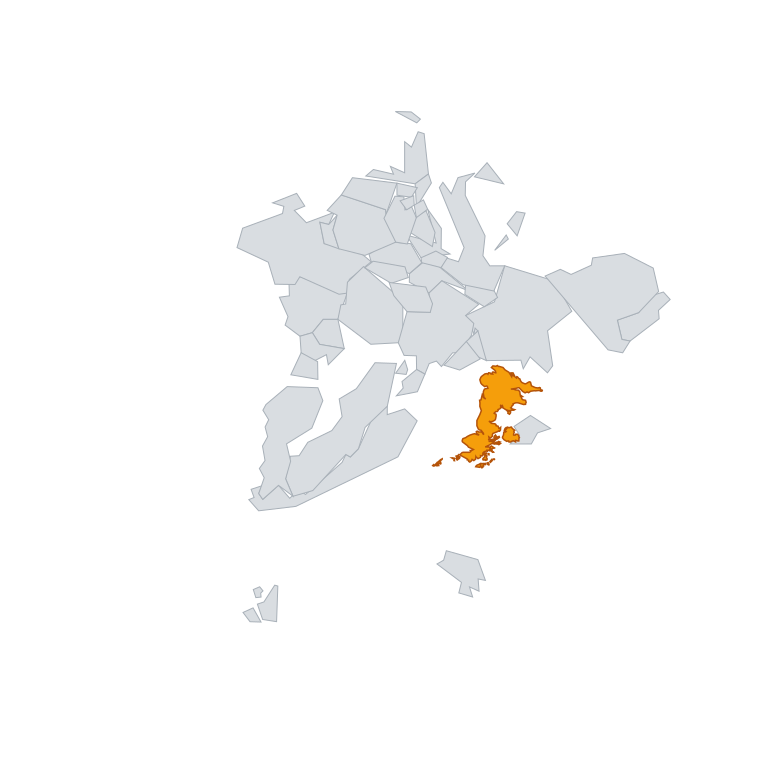 United Kingdom on a map of Europe (orthographic projection), rotated 222°
{"feature_id": "GBR", "entity_name": "United Kingdom", "entity_type": "country or territory", "adm_level": 0, "iso_a3": "GBR", "parent_name": "Europe", "parent_adm1": "", "projection": "orthographic", "projection_center": [-4.115, 55.427], "detail": "fine", "context": "in_parent", "style": "filled", "palette": "amber", "viewbox_px": 768, "rotation_deg": 222, "n_neighbors": 37, "source": "natural_earth", "source_scale": "50m", "svg_char_len": 13307}
<svg xmlns="http://www.w3.org/2000/svg" viewBox="0 0 768 768"><g transform="rotate(222 384 384)"><path d="M304.8,135.5L316.6,127.8L330.8,135.7L327.4,141.7L330.6,161.4L327.7,162.8L304.8,135.5ZM412.3,216.8L406.6,226.7L403.8,218.8L396.9,217.1L394.6,238.1L377.6,236.0L376.7,248.5L368.4,249.4L362.7,297.7L365.2,306.1L360.2,307.2L359.7,318.8L370.6,353.2L366.7,369.7L361.1,363.4L352.0,379.3L334.7,378.8L324.9,339.2L367.6,234.1L392.3,205.9L407.1,207.6L404.6,212.7L412.3,216.8ZM335.9,119.9L331.5,130.0L316.1,124.8L324.5,117.7L335.9,119.9ZM343.6,143.8L340.7,150.1L335.5,149.3L335.7,146.1L332.8,143.4L336.3,139.5L343.6,143.8Z" fill="#d9dde1" stroke="#a8b0b8" stroke-width="1"/><path d="M323.6,469.9L369.2,489.4L356.9,519.0L373.4,552.6L326.4,574.5L293.1,563.7L298.1,533.0L270.8,510.4L270.0,501.7L293.6,501.9L290.7,488.5L298.2,493.3L323.6,469.9ZM388.6,574.9L391.2,557.4L392.9,576.5L388.6,574.9Z" fill="#d9dde1" stroke="#a8b0b8" stroke-width="1"/><path d="M366.7,369.7L369.0,339.1L359.7,318.8L360.2,307.2L365.2,306.1L365.6,257.2L376.5,239.7L393.7,247.7L405.2,267.7L399.1,273.9L401.6,289.7L391.6,314.5L393.3,331.7L407.3,342.9L401.4,362.0L404.9,393.8L388.5,407.6L366.7,369.7Z" fill="#d9dde1" stroke="#a8b0b8" stroke-width="1"/><path d="M478.4,363.3L496.9,361.6L500.4,369.8L519.8,378.5L513.3,386.2L521.5,394.8L518.3,407.4L472.1,427.0L461.5,401.2L472.4,391.4L471.6,374.2L478.4,363.3Z" fill="#d9dde1" stroke="#a8b0b8" stroke-width="1"/><path d="M577.3,449.0L588.0,444.1L576.5,467.2L561.9,463.2L566.8,453.0L549.6,451.9L535.8,478.4L531.8,465.6L539.9,461.3L522.4,448.3L497.9,465.3L475.3,466.3L479.8,438.6L472.1,427.0L477.5,420.6L518.3,407.4L516.7,398.4L531.8,385.2L551.5,397.1L584.5,387.0L593.3,405.2L573.5,442.8L577.3,449.0Z" fill="#d9dde1" stroke="#a8b0b8" stroke-width="1"/><path d="M461.5,401.2L469.0,413.9L466.0,417.8L479.3,435.2L477.8,457.5L425.8,458.6L403.1,433.3L401.0,424.2L420.4,404.7L461.5,401.2Z" fill="#d9dde1" stroke="#a8b0b8" stroke-width="1"/><path d="M439.0,483.1L436.2,501.8L426.2,507.8L383.8,509.8L410.1,499.4L411.4,481.8L433.3,476.6L439.0,483.1Z" fill="#d9dde1" stroke="#a8b0b8" stroke-width="1"/><path d="M475.3,466.3L482.0,470.4L475.6,492.9L458.0,506.2L437.1,499.4L439.0,483.1L475.3,466.3Z" fill="#d9dde1" stroke="#a8b0b8" stroke-width="1"/><path d="M508.0,454.3L522.4,448.3L539.9,461.3L531.8,465.6L531.8,478.1L525.0,464.3L508.0,454.3Z" fill="#d9dde1" stroke="#a8b0b8" stroke-width="1"/><path d="M531.8,478.1L542.4,475.0L542.2,495.9L499.5,514.6L470.2,497.3L484.2,466.8L508.0,454.3L525.0,464.3L531.8,478.1Z" fill="#d9dde1" stroke="#a8b0b8" stroke-width="1"/><path d="M471.6,374.2L472.4,391.4L461.5,401.2L437.2,383.7L458.3,370.4L471.6,374.2Z" fill="#d9dde1" stroke="#a8b0b8" stroke-width="1"/><path d="M466.5,351.8L478.4,363.3L471.6,374.2L458.3,370.4L437.2,383.7L438.3,361.0L446.4,367.3L452.2,352.1L466.5,351.8Z" fill="#d9dde1" stroke="#a8b0b8" stroke-width="1"/><path d="M459.4,328.5L466.5,351.8L448.3,356.2L436.2,343.2L459.4,328.5Z" fill="#d9dde1" stroke="#a8b0b8" stroke-width="1"/><path d="M401.0,424.2L415.3,453.2L397.6,468.2L411.4,481.8L410.1,499.4L366.9,506.6L369.2,489.4L357.8,489.1L351.6,478.8L348.3,458.5L353.9,453.0L353.0,435.4L360.4,436.1L364.1,429.4L360.2,418.7L369.5,416.6L378.8,426.6L388.2,418.7L401.0,424.2Z" fill="#d9dde1" stroke="#a8b0b8" stroke-width="1"/><path d="M495.8,511.0L499.5,514.6L542.2,495.9L545.5,516.2L508.8,541.9L495.8,511.0Z" fill="#d9dde1" stroke="#a8b0b8" stroke-width="1"/><path d="M557.9,594.1L545.8,604.4L534.2,605.2L534.4,600.0L557.9,594.1ZM494.8,553.6L536.7,526.4L535.4,536.3L517.3,546.3L524.9,550.0L510.0,554.8L530.8,577.9L522.1,578.4L527.4,594.3L521.7,596.9L491.5,569.8L494.8,553.6Z" fill="#d9dde1" stroke="#a8b0b8" stroke-width="1"/><path d="M494.8,553.6L491.5,569.8L483.3,565.1L478.2,537.1L494.8,553.6Z" fill="#d9dde1" stroke="#a8b0b8" stroke-width="1"/><path d="M441.0,502.6L467.0,509.6L439.6,523.7L468.5,543.1L445.5,538.0L432.1,522.8L421.9,524.8L441.0,502.6Z" fill="#d9dde1" stroke="#a8b0b8" stroke-width="1"/><path d="M383.9,504.7L392.2,515.5L368.5,528.5L357.5,524.3L361.2,508.5L383.9,504.7Z" fill="#d9dde1" stroke="#a8b0b8" stroke-width="1"/><path d="M349.6,479.6L353.7,486.5L349.7,486.3L349.6,479.6Z" fill="#d9dde1" stroke="#a8b0b8" stroke-width="1"/><path d="M351.3,470.7L349.7,486.3L323.6,469.9L341.5,464.0L351.3,470.7Z" fill="#d9dde1" stroke="#a8b0b8" stroke-width="1"/><path d="M352.0,438.1L351.3,470.7L329.3,467.0L337.1,445.0L352.0,438.1Z" fill="#d9dde1" stroke="#a8b0b8" stroke-width="1"/><path d="M229.9,580.6L237.0,576.3L253.3,587.6L242.5,607.5L246.2,625.6L237.9,639.3L227.9,638.3L229.3,622.4L223.2,616.6L229.9,580.6Z" fill="#d9dde1" stroke="#a8b0b8" stroke-width="1"/><path d="M241.8,636.5L242.5,607.5L253.3,587.6L237.0,576.3L229.9,580.6L227.5,566.9L240.3,559.3L336.5,572.0L329.7,587.2L318.3,590.6L309.4,611.0L313.3,617.3L292.7,641.9L261.5,650.3L241.8,636.5Z" fill="#d9dde1" stroke="#a8b0b8" stroke-width="1"/><path d="M259.0,439.5L254.1,458.6L230.4,462.4L237.2,450.4L234.4,438.0L250.1,423.9L249.4,436.8L259.0,439.5Z" fill="#d9dde1" stroke="#a8b0b8" stroke-width="1"/><path d="M391.9,510.6L419.5,508.7L422.9,519.0L410.5,524.7L415.8,539.0L474.3,567.0L475.2,573.3L461.3,570.3L467.1,586.9L457.6,601.6L458.7,588.8L449.8,578.5L408.0,561.7L396.3,545.5L384.4,542.6L373.4,552.6L364.6,526.6L391.9,510.6ZM429.0,612.8L455.4,598.5L455.5,617.4L429.0,612.8ZM384.2,583.2L399.7,585.5L400.8,600.8L393.5,605.4L384.2,583.2Z" fill="#d9dde1" stroke="#a8b0b8" stroke-width="1"/><path d="M369.5,416.6L360.2,418.7L354.0,400.6L366.9,383.5L367.0,393.8L372.3,397.9L369.5,416.6ZM382.6,399.8L384.4,415.5L376.0,410.5L374.0,405.9L382.6,399.8Z" fill="#d9dde1" stroke="#a8b0b8" stroke-width="1"/><path d="M224.2,285.7L221.8,293.0L226.1,301.8L196.7,316.3L177.2,305.9L183.6,302.1L174.7,293.6L184.7,290.4L175.6,285.0L188.6,278.8L193.7,288.4L224.2,285.7Z" fill="#d9dde1" stroke="#a8b0b8" stroke-width="1"/><path d="M419.5,508.7L437.1,499.4L441.0,502.6L434.4,517.5L421.4,520.5L419.5,508.7Z" fill="#d9dde1" stroke="#a8b0b8" stroke-width="1"/><path d="M403.8,218.8L410.3,234.2L420.1,237.8L421.2,247.5L432.8,256.6L435.2,267.0L443.6,272.5L445.8,280.3L456.5,283.5L458.0,289.8L454.2,317.3L430.6,337.0L418.3,330.7L408.1,302.9L416.4,274.3L401.7,264.1L393.7,247.7L376.5,239.7L394.6,238.1L396.9,217.1L403.8,218.8Z" fill="#d9dde1" stroke="#a8b0b8" stroke-width="1"/><path d="M476.0,457.5L474.2,468.0L446.8,485.1L437.2,479.4L446.0,463.7L476.0,457.5Z" fill="#d9dde1" stroke="#a8b0b8" stroke-width="1"/><path d="M415.3,453.2L435.8,456.2L448.1,462.9L417.9,484.0L401.6,476.1L397.6,468.2L415.3,453.2Z" fill="#d9dde1" stroke="#a8b0b8" stroke-width="1"/><path d="M468.8,540.9L447.5,530.8L440.0,518.5L468.1,513.8L473.1,528.1L468.8,540.9Z" fill="#d9dde1" stroke="#a8b0b8" stroke-width="1"/><path d="M500.7,533.0L508.8,541.9L490.6,552.2L488.6,541.1L500.7,533.0Z" fill="#d9dde1" stroke="#a8b0b8" stroke-width="1"/><path d="M460.4,503.6L470.2,497.3L494.9,507.1L501.5,530.9L494.5,536.4L484.9,527.4L482.0,534.2L471.3,529.3L460.4,503.6Z" fill="#d9dde1" stroke="#a8b0b8" stroke-width="1"/><path d="M481.3,537.2L477.9,547.2L468.5,543.1L471.3,529.3L481.3,537.2Z" fill="#d9dde1" stroke="#a8b0b8" stroke-width="1"/><path d="M487.9,543.8L481.3,537.2L483.7,528.6L494.6,530.9L487.9,543.8Z" fill="#d9dde1" stroke="#a8b0b8" stroke-width="1"/><path d="M286.3,465.1L284.0,467.0L282.3,467.6L279.9,469.4L277.9,469.1L275.5,467.0L272.9,467.3L274.0,466.2L272.6,465.9L271.8,465.2L270.2,465.2L267.9,466.6L266.3,465.6L265.9,465.2L265.7,463.7L265.3,463.5L266.6,462.1L271.8,459.7L273.5,458.2L274.8,455.6L274.3,455.4L274.0,454.8L274.3,453.7L273.8,452.3L273.9,451.1L272.0,451.3L269.7,452.4L270.0,451.4L271.7,449.9L272.7,448.4L273.8,447.5L276.3,446.4L279.4,445.9L281.1,446.9L280.6,445.3L281.3,444.9L282.4,446.4L283.6,446.3L282.4,445.8L281.3,443.9L281.3,443.0L282.2,441.3L281.5,440.8L281.4,439.9L281.5,439.2L282.4,438.5L282.7,436.4L282.5,435.9L280.5,436.5L279.3,435.3L277.6,432.5L277.4,431.3L278.3,428.8L279.6,427.2L281.2,426.6L277.7,426.7L274.9,428.7L273.7,428.8L272.8,428.0L271.0,429.0L268.9,427.9L268.4,428.8L268.3,429.8L266.7,427.8L266.5,426.2L266.9,425.9L267.3,426.2L267.9,424.3L270.0,420.1L269.6,418.9L268.5,417.7L268.7,415.6L269.0,414.9L270.6,414.8L268.9,413.5L269.2,412.2L268.3,413.7L267.2,414.2L266.4,415.4L266.2,414.9L266.4,413.3L267.9,411.3L265.3,413.8L265.0,414.3L265.3,416.1L265.2,416.8L263.9,421.3L263.3,422.1L262.5,421.6L263.2,418.5L264.4,416.4L263.6,416.2L263.8,413.3L264.1,412.4L264.3,411.0L265.3,407.9L265.7,407.4L265.9,406.6L266.7,405.0L263.6,407.6L262.2,407.2L261.7,406.7L261.6,405.7L260.5,405.3L261.1,404.8L262.2,404.6L263.2,403.7L262.3,403.1L263.2,402.5L264.2,400.8L264.4,399.2L263.8,398.0L262.9,397.4L262.9,396.4L264.3,395.4L263.7,395.1L263.3,394.0L264.2,391.4L265.9,391.5L266.3,391.2L267.1,391.5L265.5,389.2L265.9,388.3L266.0,387.2L268.1,386.9L267.6,385.5L267.8,383.8L268.1,383.3L269.4,383.2L270.0,384.0L271.4,383.3L271.8,384.0L279.1,382.3L280.4,382.4L280.1,383.9L280.1,385.2L279.5,386.2L274.6,390.6L274.3,391.9L275.4,392.3L274.0,394.0L273.7,395.2L279.0,393.6L280.7,394.0L286.9,393.5L287.6,393.8L288.2,394.5L288.8,396.2L287.4,398.8L287.0,400.7L285.9,403.6L284.4,406.3L283.3,407.8L280.9,408.7L279.1,409.7L281.9,409.3L283.5,410.2L283.4,411.0L282.8,411.6L281.4,411.7L280.1,413.1L278.8,413.7L276.0,413.0L277.2,413.9L280.9,414.6L282.4,413.7L283.9,413.7L287.0,415.1L290.5,419.0L292.3,425.4L293.8,429.3L297.8,431.5L300.0,434.1L302.1,435.9L301.3,437.1L303.9,441.9L302.5,441.6L301.1,440.5L298.3,440.8L300.9,441.1L304.1,443.6L305.2,445.1L305.9,447.2L305.6,448.1L303.9,450.3L305.6,451.4L306.4,451.2L307.5,449.4L311.1,449.2L312.7,449.5L315.6,451.3L316.4,453.4L316.6,454.7L315.8,458.9L314.6,460.5L313.9,461.1L313.3,460.9L313.7,462.4L312.5,463.2L311.4,463.0L309.9,464.1L311.0,464.5L311.3,465.0L311.1,465.9L307.7,467.4L308.5,467.1L309.0,467.3L309.7,468.2L311.2,468.4L315.2,468.1L315.2,470.3L312.7,472.1L312.1,473.6L310.7,473.6L310.1,474.2L306.6,475.9L303.4,475.5L299.0,476.3L294.2,474.9L294.9,475.8L292.9,476.9L289.6,477.1L290.2,478.3L289.6,478.6L287.2,478.3L286.6,478.7L284.0,477.5L282.3,477.4L279.2,478.5L278.6,479.5L277.8,482.2L277.1,483.2L276.2,483.3L273.2,481.3L269.1,482.6L266.9,484.1L266.0,485.5L265.2,485.7L264.5,485.0L263.6,484.7L262.2,485.3L261.9,485.0L261.9,484.3L262.6,483.6L264.4,483.0L267.0,480.1L267.8,479.6L270.2,476.7L270.7,474.3L272.4,473.8L273.2,471.8L275.8,471.3L281.1,471.6L281.8,471.0L283.0,469.1L286.3,465.1ZM259.0,436.8L255.9,437.1L256.0,435.8L254.9,435.2L254.4,433.8L253.6,432.8L253.3,432.8L252.2,434.0L252.5,434.8L251.2,436.0L249.2,435.8L248.8,435.2L247.5,434.8L247.4,434.0L245.7,431.9L246.4,431.2L248.5,430.3L248.6,430.1L247.5,429.0L250.0,428.3L250.7,427.0L251.3,425.3L252.5,424.5L253.3,425.1L253.7,424.7L254.4,423.5L257.6,422.9L260.0,423.3L260.6,424.2L260.9,425.6L261.7,427.0L262.7,428.2L262.7,428.9L261.5,429.7L261.5,430.3L262.5,429.9L263.6,430.0L264.3,432.0L264.2,432.7L262.9,431.4L263.0,433.4L263.7,433.6L263.3,434.7L261.8,435.1L260.9,436.9L260.4,437.3L259.0,436.8ZM260.7,385.6L259.8,387.6L258.3,388.7L259.3,389.0L259.1,389.6L257.4,390.9L256.6,391.8L256.3,391.8L255.6,392.7L254.8,391.9L256.3,390.7L255.1,389.7L255.6,389.1L254.9,388.6L255.0,387.5L255.4,387.1L256.2,387.6L257.3,387.5L257.0,386.2L260.5,383.9L260.7,384.7L260.7,385.6ZM260.6,394.9L260.5,397.0L260.7,398.1L262.3,398.8L263.5,398.8L263.7,399.3L261.6,401.4L261.4,401.3L261.3,399.5L259.4,399.4L258.7,397.9L257.2,397.4L256.7,396.5L257.1,395.8L257.9,395.7L257.7,395.1L259.2,394.6L259.4,393.9L260.1,394.1L260.6,394.9ZM290.3,358.5L290.5,360.2L290.8,360.0L291.3,360.8L291.9,360.4L291.3,365.7L290.7,367.3L290.4,366.9L290.8,364.4L290.6,364.0L290.4,363.6L289.5,363.8L289.4,363.2L288.5,363.0L288.4,362.5L290.1,361.8L289.5,360.2L288.8,360.0L290.0,358.5L290.3,358.5ZM262.7,409.8L259.1,410.4L259.3,409.8L260.0,409.6L260.4,408.0L259.2,407.0L259.4,406.5L260.7,406.2L261.7,407.5L262.9,408.1L262.7,409.8ZM273.2,446.3L274.2,446.4L271.9,448.5L271.6,448.0L271.2,448.0L270.6,447.0L270.5,445.5L272.3,445.1L273.2,446.3ZM260.2,414.7L260.6,417.3L260.4,418.0L258.9,418.6L259.2,417.8L259.0,416.5L257.7,417.5L257.9,416.1L258.3,415.6L259.0,415.6L260.2,414.7ZM280.5,377.4L280.2,378.0L282.2,378.6L281.8,379.3L280.7,378.8L279.7,379.0L279.3,378.8L279.2,378.1L278.6,378.4L278.5,377.9L278.7,376.5L279.1,376.4L280.3,376.9L280.5,377.4ZM267.0,420.7L265.5,420.3L265.1,418.6L265.3,418.0L265.6,417.5L266.5,417.8L267.1,419.2L267.0,420.7ZM297.0,477.3L295.6,478.6L293.2,477.7L295.0,476.4L297.0,477.3ZM261.3,416.2L260.8,416.2L260.6,415.2L261.7,414.3L261.3,414.0L261.5,413.4L263.0,412.6L261.3,416.2ZM254.0,393.5L254.6,394.2L254.0,395.3L253.1,395.2L251.9,394.3L252.2,393.8L254.0,393.5ZM253.4,400.3L252.5,400.0L252.3,398.8L252.5,397.0L253.4,397.2L253.4,400.3ZM291.9,359.6L291.2,358.6L291.5,357.1L292.0,357.2L292.1,357.5L291.8,358.0L291.9,359.6ZM282.3,375.8L281.8,376.1L281.5,375.9L281.5,375.1L280.3,374.2L280.8,373.9L281.8,375.2L282.3,375.3L282.3,375.8ZM279.7,380.5L279.0,380.7L278.4,380.0L278.2,379.2L279.0,379.2L279.7,380.5ZM293.3,356.0L293.1,357.5L292.5,357.4L292.5,356.0L293.3,356.0ZM283.4,375.2L282.7,375.3L283.0,374.6L284.2,374.4L283.4,375.2ZM259.6,402.3L259.2,402.4L258.6,401.6L259.4,401.3L259.8,401.8L259.6,402.3ZM281.2,381.2L280.9,381.0L280.5,380.2L281.3,380.1L281.2,381.2ZM257.3,406.8L256.9,406.7L257.6,405.9L258.2,405.9L257.3,406.8ZM252.2,402.0L251.6,402.1L251.4,401.9L251.5,401.5L252.0,401.4L252.3,401.6L252.2,402.0Z" fill="#f59e0b" stroke="#b45309" stroke-width="1.5"/></g></svg>